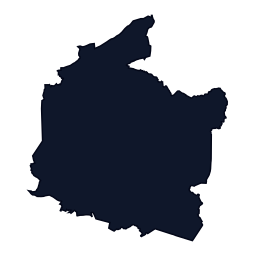 outline of El Arenal, Hidalgo, Mexico
{"feature_id": "50627088B4144789748082", "entity_name": "El Arenal", "entity_type": "district", "adm_level": 2, "iso_a3": "MEX", "parent_name": "Mexico", "parent_adm1": "Hidalgo", "projection": "mercator", "projection_center": [-98.879, 20.225], "detail": "fine", "context": "isolated", "style": "filled", "palette": "ink", "viewbox_px": 256, "rotation_deg": 0, "n_neighbors": 0, "source": "geoboundaries", "source_scale": "gbopen_adm2", "svg_char_len": 5711}
<svg xmlns="http://www.w3.org/2000/svg" viewBox="0 0 256 256"><path d="M32.5,194.8L34.7,195.0L37.0,196.2L37.1,196.4L41.0,196.5L43.6,196.3L45.4,195.7L49.4,195.0L53.3,197.0L57.2,199.8L58.6,200.5L61.6,201.4L61.5,202.0L59.8,204.1L61.6,204.8L61.8,206.0L62.2,207.5L61.8,208.0L61.4,207.9L60.3,210.6L60.9,210.9L61.4,209.7L63.7,210.3L65.8,211.2L66.7,209.4L68.2,210.6L68.7,210.0L70.9,210.3L69.4,212.2L69.1,212.4L70.3,212.3L71.0,213.2L74.6,210.3L75.1,210.6L75.8,211.5L76.7,211.9L77.0,215.7L77.2,215.8L80.2,215.2L83.1,215.1L86.0,214.7L89.3,214.8L90.6,215.2L92.2,216.9L91.1,212.7L92.5,212.4L93.0,212.5L94.0,214.2L96.0,218.8L109.9,222.5L108.8,228.1L111.3,229.6L113.8,230.9L114.2,231.0L115.4,229.9L116.7,229.1L116.9,229.1L117.9,229.5L120.2,228.7L121.1,227.2L122.6,227.3L123.5,228.5L124.1,228.4L125.4,228.8L125.9,228.5L126.3,228.6L126.7,228.0L127.7,227.7L130.5,226.3L131.3,225.4L132.1,225.1L132.4,224.7L133.7,224.6L134.9,225.5L136.8,225.8L136.7,226.1L137.2,226.6L138.1,227.3L138.1,228.1L139.0,228.7L139.8,228.6L140.2,229.5L139.6,230.7L141.3,232.0L142.2,233.3L142.1,234.3L140.8,235.5L140.7,235.8L140.8,236.1L141.6,236.5L142.2,236.0L144.0,235.2L145.5,234.2L146.1,232.7L146.6,232.7L147.7,233.5L155.1,228.7L172.2,234.2L173.2,234.4L175.9,235.5L192.4,240.6L202.4,225.4L202.4,224.4L201.5,223.3L201.4,222.9L201.7,221.6L202.0,221.4L201.4,220.6L200.0,217.8L198.8,217.0L198.3,216.3L198.3,215.7L198.1,215.4L198.1,214.8L197.8,214.5L199.0,213.4L199.1,209.8L198.3,209.4L199.5,205.8L202.0,204.1L202.4,203.4L202.2,202.9L200.9,201.9L199.3,198.6L198.8,197.2L198.8,196.3L199.2,195.1L199.1,194.7L198.6,194.4L197.9,194.3L196.9,195.2L196.1,195.4L195.7,195.3L194.7,194.3L193.7,194.1L192.8,192.7L192.4,192.5L191.2,192.5L190.5,192.0L189.1,189.8L189.3,188.8L189.5,188.8L189.7,188.6L189.6,188.1L189.8,187.4L190.3,186.7L190.6,185.9L191.0,185.5L192.9,185.6L194.1,186.1L195.0,185.5L200.1,183.3L201.4,183.0L206.1,183.2L206.4,181.2L206.3,180.0L206.7,179.0L208.4,176.1L209.0,175.0L210.1,171.4L210.5,168.9L210.8,162.6L211.0,160.9L211.1,158.5L211.3,134.4L210.9,133.8L210.9,132.4L210.5,131.7L210.5,131.3L210.7,130.7L211.2,130.5L211.6,129.9L211.7,129.2L212.3,128.4L215.3,128.3L216.5,127.8L218.7,128.6L220.0,128.3L220.2,127.8L219.7,126.9L219.7,126.5L220.0,126.2L221.1,125.7L221.2,125.0L222.0,123.8L221.9,123.5L221.5,123.1L221.2,121.9L221.5,121.7L222.3,121.9L223.5,121.9L223.8,121.7L223.9,120.9L223.8,119.9L224.3,118.4L224.5,118.1L225.9,118.0L226.0,117.8L225.5,116.6L224.6,116.0L224.1,112.5L224.3,111.6L225.2,110.6L225.3,109.3L226.0,107.9L225.8,106.3L226.1,105.6L227.0,104.8L227.2,104.3L227.1,102.7L227.3,102.0L227.0,100.9L225.9,98.3L224.7,97.4L224.7,96.8L224.3,96.4L224.3,95.4L225.1,94.2L224.9,93.1L223.5,92.3L222.7,91.8L221.8,90.6L221.4,90.4L220.8,89.7L220.1,88.4L218.4,88.2L217.4,88.6L216.5,88.7L216.2,88.9L214.7,88.7L212.7,89.3L211.6,89.9L211.1,91.0L210.1,91.6L208.7,92.0L208.2,93.7L207.5,94.3L206.1,94.1L205.0,94.2L204.0,95.6L203.1,96.1L202.6,96.1L202.3,95.5L201.4,95.4L200.2,95.7L199.5,96.3L199.0,96.3L197.9,95.8L197.5,96.0L197.0,96.6L196.5,96.7L195.0,96.4L194.3,96.0L193.7,96.3L192.2,97.7L191.3,98.1L188.4,96.7L187.5,96.1L185.8,95.6L186.0,95.1L184.0,93.8L182.9,93.3L181.9,93.1L179.1,91.0L177.5,91.2L174.3,94.6L173.4,95.3L171.4,95.7L171.1,95.1L170.8,93.4L169.6,91.7L169.3,90.8L168.5,89.9L166.5,86.3L166.0,86.0L165.4,86.1L164.8,86.8L164.1,87.1L163.0,86.5L162.7,83.7L162.4,82.4L161.9,81.9L162.2,81.8L161.5,81.3L160.9,82.1L158.3,81.8L157.6,80.2L158.0,79.6L157.3,78.9L157.0,77.8L156.5,77.3L155.9,77.0L155.0,77.1L153.9,76.8L152.8,76.0L151.7,74.5L150.7,74.1L148.8,74.0L147.3,73.3L147.4,72.7L146.5,72.0L146.1,71.8L145.2,72.3L144.4,71.4L144.0,71.8L142.7,71.2L142.7,70.7L141.8,70.8L141.2,70.7L140.7,69.9L139.3,70.6L138.7,70.6L138.4,70.4L137.7,70.4L134.8,69.5L133.4,68.8L128.5,67.9L129.0,66.3L126.8,65.5L126.5,65.2L126.5,64.9L127.8,63.8L129.7,63.2L131.0,62.2L131.3,61.8L131.2,61.6L132.4,61.2L132.5,61.5L134.3,60.8L134.3,60.4L135.7,60.1L136.4,59.6L137.8,59.3L139.5,58.7L140.6,58.5L143.9,57.8L144.1,59.0L144.4,59.4L145.3,57.9L145.1,57.5L149.8,56.0L150.5,50.9L150.7,46.1L148.5,44.7L148.7,43.3L147.6,37.8L147.2,36.8L145.6,36.2L145.8,35.1L146.8,32.6L147.7,29.1L149.3,27.5L151.3,26.9L151.7,26.4L154.0,22.3L154.1,21.1L154.0,20.6L153.1,19.2L152.8,18.4L152.2,16.4L152.1,15.4L151.5,15.4L151.6,17.5L148.1,16.2L143.5,18.7L140.8,18.7L133.2,21.0L130.4,24.5L128.7,25.9L127.6,26.2L125.0,28.6L121.9,32.3L119.2,34.7L116.6,36.1L115.1,37.4L113.6,38.3L112.7,38.7L111.3,39.0L109.8,39.9L106.8,42.0L100.3,46.1L94.7,48.6L94.2,43.6L90.1,44.1L86.6,45.7L84.5,46.5L82.6,46.9L80.1,46.1L77.8,46.6L78.6,47.5L79.5,48.0L80.0,49.2L78.8,53.1L78.9,55.3L80.0,56.9L79.9,58.2L78.8,59.1L77.8,60.7L77.2,60.9L74.7,62.9L73.5,63.4L70.4,65.5L66.3,66.8L63.4,67.9L61.9,67.8L60.9,67.9L60.8,68.0L61.0,68.5L60.9,70.2L58.8,70.3L57.4,70.7L57.4,70.9L58.5,71.5L58.4,74.8L59.4,74.7L59.8,76.3L60.8,76.6L61.1,77.0L61.6,78.2L63.0,78.1L63.3,78.4L63.3,78.7L62.8,79.2L61.7,81.3L61.4,82.6L60.4,84.6L59.8,84.1L58.3,84.9L57.0,84.7L56.4,83.8L54.4,85.9L53.1,85.9L51.7,85.7L51.7,86.0L50.9,86.7L49.4,84.6L49.0,84.8L45.0,84.8L45.2,88.6L44.4,89.6L44.2,91.4L43.0,95.5L44.3,99.2L41.9,100.8L42.0,102.2L41.9,102.3L41.6,108.6L42.6,141.0L32.7,155.9L33.0,156.9L33.6,159.9L33.9,160.8L34.2,160.8L34.8,163.2L33.4,163.4L33.4,164.4L33.2,163.9L31.1,163.9L31.1,164.9L31.0,165.4L30.5,165.4L30.4,165.6L30.7,166.2L30.7,166.9L31.3,167.2L31.5,167.6L31.1,170.4L32.0,170.7L32.2,171.0L31.8,172.2L32.3,173.5L33.2,174.0L33.7,175.2L34.1,175.6L35.4,176.4L35.7,176.7L36.4,176.9L38.5,178.3L40.1,180.2L40.6,180.4L40.6,180.6L39.5,182.2L39.1,184.7L38.9,184.9L38.3,187.2L37.7,188.7L36.7,189.8L36.6,190.5L35.8,191.3L34.4,191.7L32.5,191.9L31.8,191.6L31.0,191.0L29.6,191.0L28.7,190.8L30.0,192.2L30.9,193.5L32.5,194.8Z" fill="#0f172a" stroke="#020617" stroke-width="1.5"/></svg>